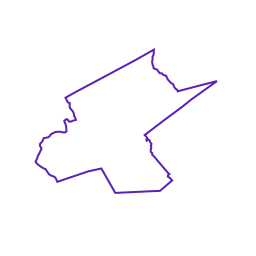 Santa Cruz, Rio Grande do Norte, Brazil (Mercator projection), rotated 255°
{"feature_id": "56859067B931800959564", "entity_name": "Santa Cruz", "entity_type": "district", "adm_level": 2, "iso_a3": "BRA", "parent_name": "Brazil", "parent_adm1": "Rio Grande do Norte", "projection": "mercator", "projection_center": [-35.999, -6.27], "detail": "fine", "context": "isolated", "style": "outline", "palette": "violet", "viewbox_px": 256, "rotation_deg": 255, "n_neighbors": 0, "source": "geoboundaries", "source_scale": "gbopen_adm2", "svg_char_len": 1514}
<svg xmlns="http://www.w3.org/2000/svg" viewBox="0 0 256 256"><g transform="rotate(255 128 128)"><path d="M59.0,142.5L65.9,157.1L69.1,155.5L70.7,153.9L72.2,154.6L72.8,156.0L74.9,154.7L94.2,145.6L96.0,144.4L97.5,144.9L98.9,143.9L100.7,144.1L102.1,144.9L103.7,145.6L105.1,145.5L106.5,146.6L108.4,145.8L110.4,145.7L111.5,144.4L110.9,142.8L112.3,142.8L113.0,144.1L115.1,143.4L116.9,142.3L126.1,164.7L134.8,186.7L139.1,196.4L149.0,222.7L150.3,226.1L150.5,204.5L150.6,185.5L152.1,185.5L153.7,184.0L155.1,183.4L158.6,182.9L160.5,181.1L163.9,179.3L165.4,178.8L168.7,178.3L170.0,175.9L171.9,175.0L172.8,172.8L174.9,171.9L176.9,171.2L177.9,169.7L179.2,168.2L180.8,168.5L182.3,168.1L185.8,168.4L188.4,169.7L190.4,170.1L192.7,172.0L194.4,172.4L197.0,173.3L191.8,153.2L188.5,139.1L185.1,124.7L176.8,88.8L173.5,75.5L169.9,76.2L168.4,76.5L167.1,78.2L163.4,77.0L161.4,77.5L158.2,79.1L156.1,79.4L153.7,79.1L150.8,79.8L149.3,79.7L149.3,77.2L149.0,74.0L149.6,72.6L151.5,72.0L152.5,70.9L151.6,68.4L149.7,68.3L147.9,68.6L145.6,68.7L143.0,68.2L140.9,67.8L140.0,66.4L140.7,63.7L141.9,61.7L142.7,58.3L142.9,56.7L141.9,52.0L140.7,50.6L139.6,48.4L139.9,45.9L140.0,43.9L138.1,42.6L136.6,40.9L135.5,39.0L133.7,38.3L130.7,39.2L126.9,36.2L125.4,34.8L124.5,33.7L122.6,32.7L121.3,31.7L119.4,29.9L116.5,31.2L113.8,33.3L112.1,34.9L110.5,36.4L109.7,37.6L103.6,39.8L101.6,41.9L100.3,43.8L98.7,45.1L94.3,45.8L94.9,54.6L96.2,75.5L96.4,78.3L95.8,91.8L68.6,98.9L65.2,114.4L61.5,131.5L59.0,142.5Z" fill="none" stroke="#5b21b6" stroke-width="2"/></g></svg>